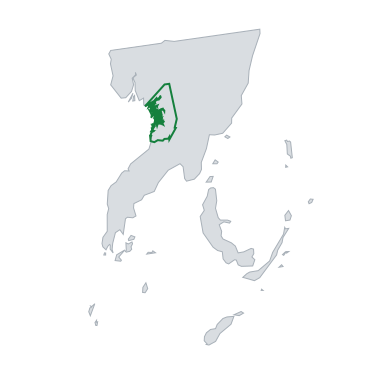 location of Kikori District, Gulf, Papua New Guinea, rotated 82°
{"feature_id": "67681753B67388913989028", "entity_name": "Kikori District", "entity_type": "district", "adm_level": 2, "iso_a3": "PNG", "parent_name": "Papua New Guinea", "parent_adm1": "Gulf", "projection": "robinson", "projection_center": [144.53, -7.347], "detail": "fine", "context": "in_parent", "style": "outline", "palette": "green", "viewbox_px": 384, "rotation_deg": 82, "n_neighbors": 0, "source": "geoboundaries", "source_scale": "gbopen_adm2", "svg_char_len": 9709}
<svg xmlns="http://www.w3.org/2000/svg" viewBox="0 0 384 384"><g transform="rotate(82 192 192)"><path d="M40.5,252.8L40.4,201.6L38.1,197.7L40.4,188.6L40.2,102.2L44.6,102.6L65.5,113.1L79.7,118.6L92.0,121.2L103.4,129.8L111.8,130.3L124.3,142.4L129.3,143.2L138.1,153.4L138.7,161.6L137.7,166.8L151.1,171.7L164.0,178.7L171.0,179.5L174.8,181.9L179.6,187.9L180.5,195.9L177.7,197.4L165.7,197.3L162.3,199.9L167.1,212.5L178.0,224.0L186.2,229.3L188.6,239.7L192.7,243.0L195.4,251.2L199.7,252.1L207.9,250.8L209.3,254.2L208.0,259.5L209.2,261.6L224.4,266.0L219.3,268.7L221.6,273.5L231.6,277.6L237.7,279.1L241.4,278.6L237.1,281.0L233.2,280.3L232.5,281.0L234.1,283.0L237.3,285.2L233.9,287.9L230.6,288.3L224.5,286.5L219.1,281.4L202.5,279.1L196.8,276.8L192.2,277.6L178.8,274.8L174.4,271.2L171.5,265.7L163.5,259.0L161.6,255.8L162.4,251.4L160.2,252.1L155.7,248.9L143.5,228.7L137.3,225.8L121.9,222.3L119.7,218.4L112.5,216.9L110.9,219.5L105.0,221.3L100.0,219.4L95.0,214.4L100.9,225.6L98.8,225.6L99.8,227.3L98.7,227.6L92.3,226.9L94.2,231.5L83.6,234.1L75.8,233.2L72.0,234.3L70.5,234.2L68.4,230.8L65.6,231.4L68.0,231.5L71.0,235.4L77.6,234.9L84.0,237.9L89.4,244.5L89.2,249.1L74.6,257.6L66.0,254.0L53.7,254.9L49.3,253.5L43.7,255.2L40.5,252.8ZM261.7,139.4L264.7,141.7L267.8,139.2L273.7,142.2L272.5,153.4L270.6,156.4L265.6,157.6L265.0,159.2L268.3,165.7L266.9,168.1L262.6,170.5L255.4,170.3L253.5,174.8L249.6,178.8L234.1,186.7L217.4,187.3L211.9,182.4L206.1,183.3L198.3,177.5L191.9,175.2L190.6,173.0L190.7,170.1L192.5,168.4L204.1,168.7L211.4,171.0L221.1,169.6L223.8,167.8L224.8,160.7L226.4,157.7L228.0,159.1L226.0,164.6L228.2,169.6L235.1,168.1L239.5,169.3L242.9,167.8L247.8,160.1L251.6,156.6L258.7,154.8L258.5,149.1L256.1,141.3L257.1,139.0L261.7,139.4ZM345.9,196.5L345.0,199.1L344.6,198.2L341.0,200.6L337.0,199.8L333.4,197.3L330.7,192.8L330.6,187.7L326.7,185.5L321.6,179.0L320.6,174.8L321.0,167.8L328.4,171.8L336.0,184.0L343.2,189.4L345.9,196.5ZM288.5,142.5L283.6,153.6L280.5,149.0L279.3,145.9L279.1,137.4L271.1,124.7L263.0,120.5L246.4,107.2L239.9,105.1L241.5,104.5L241.5,101.3L249.7,108.2L254.7,109.9L261.5,115.2L266.1,117.0L286.2,136.8L288.5,142.5ZM156.3,87.4L172.0,87.9L172.3,89.4L170.2,89.6L167.6,92.3L158.2,91.5L154.1,92.9L153.8,91.0L155.3,90.4L155.1,88.4L156.3,87.4ZM235.0,258.1L237.8,260.0L240.3,259.7L242.1,261.9L242.4,265.5L241.4,266.3L240.7,265.2L233.1,264.5L234.6,262.4L233.1,258.4L235.0,258.1ZM233.5,103.4L228.0,103.3L223.8,99.0L229.3,96.9L233.4,98.9L233.5,103.4ZM246.2,273.6L249.7,271.4L250.6,272.2L249.2,277.7L243.7,275.3L240.0,266.5L246.2,273.6ZM275.5,250.3L281.5,249.3L284.4,251.7L285.2,252.5L284.6,254.9L279.6,253.9L275.5,250.3ZM289.1,303.8L300.4,309.9L296.2,310.9L292.6,309.3L292.2,307.8L290.8,308.3L291.5,307.2L289.1,303.8ZM184.2,176.6L179.2,172.0L179.5,168.9L184.8,171.6L184.2,176.6ZM231.3,261.5L229.8,261.6L226.5,258.4L228.5,254.8L230.8,256.2L231.3,261.5ZM319.4,167.5L317.2,160.0L319.1,157.8L321.0,162.5L319.4,167.5ZM166.9,167.5L163.4,164.6L166.0,161.9L167.5,163.3L166.9,167.5ZM219.9,77.7L217.9,78.2L215.4,75.8L216.1,73.1L219.0,74.9L219.9,77.7ZM144.0,149.1L141.9,151.8L140.5,149.8L142.8,146.8L144.0,149.1ZM247.1,236.6L247.2,245.5L245.6,243.8L246.3,240.1L244.8,239.0L247.1,236.6ZM90.7,238.9L94.1,242.6L85.9,236.7L90.7,238.9ZM93.7,238.0L89.2,236.5L88.3,235.4L93.6,235.9L93.7,238.0ZM311.0,304.7L310.7,305.9L307.7,306.2L305.8,304.4L307.7,304.8L307.4,303.5L311.0,304.7ZM278.5,112.2L278.6,116.3L276.5,113.4L278.5,112.2ZM267.5,110.0L266.6,111.1L264.5,108.2L264.9,107.6L267.5,110.0ZM242.4,286.3L242.1,288.1L240.1,287.1L240.4,286.0L242.4,286.3ZM265.7,106.8L264.1,107.3L264.4,104.4L265.7,106.8ZM180.4,93.8L180.6,95.8L178.4,95.4L180.4,93.8ZM299.4,135.3L299.1,137.2L297.9,136.6L299.4,135.3Z" fill="#d9dde1" stroke="#a8b0b8" stroke-width="1"/><path d="M117.5,196.9L81.7,199.5L81.7,204.2L100.6,226.6L96.8,217.4L96.7,216.8L96.8,216.3L95.9,216.1L94.5,214.5L94.6,213.7L95.7,213.5L95.7,212.2L94.7,212.2L93.7,210.0L92.2,210.6L92.8,210.0L93.6,209.9L94.4,210.4L95.8,212.2L95.9,213.8L94.6,214.2L97.3,215.9L98.6,218.9L103.7,221.6L102.5,219.9L102.5,219.2L102.1,218.9L102.2,218.3L101.9,218.3L101.7,218.2L101.8,217.7L101.3,218.1L99.9,217.8L99.4,217.3L99.5,217.0L99.3,216.9L99.1,216.7L99.1,216.3L98.9,216.4L98.7,216.2L98.6,215.8L98.7,215.7L98.7,215.4L99.9,217.8L101.8,217.6L105.1,222.1L104.5,217.6L102.8,217.2L102.6,216.5L102.1,216.4L101.8,215.6L102.0,215.1L102.3,214.8L102.0,214.8L101.6,214.6L101.5,214.2L102.4,214.8L102.9,217.1L103.7,216.6L104.2,216.6L105.2,218.2L105.4,216.5L106.4,218.4L106.5,213.9L107.3,214.1L105.7,211.1L105.3,208.4L105.9,209.9L106.1,209.6L106.4,209.6L106.4,209.1L106.8,208.6L107.5,208.1L108.0,208.2L106.9,208.6L106.4,209.7L106.0,209.8L106.4,211.8L111.5,211.3L113.1,213.9L112.7,212.7L112.7,212.1L113.4,212.5L113.4,213.3L113.7,211.8L114.6,213.2L114.9,211.7L115.3,211.9L115.3,212.0L114.7,213.2L115.1,213.0L115.3,213.1L115.5,213.6L115.3,214.1L115.6,214.0L116.1,214.1L115.7,213.5L115.8,213.0L116.3,214.0L116.1,214.6L117.3,213.1L117.1,212.5L117.4,211.8L117.2,211.6L117.2,211.8L117.0,212.0L116.9,212.0L116.6,210.9L117.0,212.0L117.2,211.4L117.8,210.7L118.1,211.0L118.5,210.1L119.0,209.8L118.3,211.0L117.3,211.4L118.2,212.5L117.5,215.5L116.7,216.1L117.6,216.9L117.4,216.3L117.8,215.1L119.5,214.9L119.3,214.0L119.4,213.8L119.9,213.7L119.8,212.5L119.9,212.4L120.3,212.3L120.3,212.1L120.0,212.0L120.0,211.8L120.2,211.7L120.8,211.7L120.8,211.4L121.2,211.3L120.8,211.8L120.0,211.9L120.3,212.0L120.4,212.3L119.6,214.9L118.6,216.0L121.4,217.3L119.4,217.5L119.6,220.6L120.3,219.3L120.0,220.6L120.3,220.1L121.2,219.9L122.2,222.6L122.3,220.5L125.8,223.5L125.7,221.8L125.9,221.6L126.4,221.5L127.1,223.7L130.7,225.6L131.3,225.2L130.8,225.1L130.6,224.7L130.7,224.4L131.2,223.8L130.7,224.7L131.4,225.0L131.0,225.7L135.9,225.9L137.4,222.3L135.9,218.7L137.1,213.8L135.6,211.9L135.9,208.1L134.4,206.9L136.9,207.1L126.3,199.1L125.9,200.2L117.5,196.9ZM118.4,215.3L117.3,219.1L118.4,219.6L119.2,217.6L118.3,216.5L118.4,215.3ZM111.6,211.6L110.4,213.0L111.5,213.2L111.5,213.4L111.3,214.3L112.0,214.3L111.9,215.2L112.3,214.7L112.7,214.5L112.8,215.5L113.3,214.6L111.6,211.6ZM108.8,211.9L107.2,212.3L107.8,212.3L108.9,213.7L110.6,212.5L108.8,211.9ZM108.6,214.5L108.1,214.4L108.4,214.7L108.6,215.6L108.5,216.9L109.2,217.4L109.2,218.5L109.8,217.6L108.7,216.8L108.7,216.7L109.0,216.7L108.9,216.5L109.0,216.3L108.9,216.1L110.1,217.1L108.6,214.5ZM106.2,219.4L104.9,219.3L106.7,220.9L107.2,219.6L106.2,219.4ZM115.6,218.5L114.6,216.2L114.5,217.2L113.8,218.6L115.6,218.5ZM110.4,219.6L110.2,217.8L109.5,218.1L109.9,218.9L109.4,220.3L110.1,221.2L110.8,220.8L110.3,220.4L110.4,219.6ZM101.9,223.1L101.0,221.3L99.1,220.3L100.1,222.1L101.9,223.1ZM111.6,216.7L111.1,217.2L113.2,219.6L111.9,217.5L112.1,216.6L111.6,216.7ZM112.5,215.4L111.0,215.6L112.2,215.7L112.4,218.1L112.5,215.4ZM111.6,221.1L110.5,220.3L112.7,222.4L111.6,221.1ZM107.1,221.2L106.0,222.4L107.5,221.9L107.1,221.2ZM116.2,217.2L117.6,217.3L116.4,216.1L116.2,217.2ZM108.2,217.1L107.8,217.2L108.4,217.7L109.3,219.6L108.2,217.1ZM107.8,217.0L107.5,215.2L107.3,214.8L107.8,217.0ZM108.0,213.6L107.2,212.6L107.5,214.0L108.7,214.0L109.0,214.4L108.6,213.5L108.0,213.6ZM120.9,220.1L119.8,221.1L121.6,222.2L120.8,221.4L120.9,220.1ZM114.3,216.9L113.0,216.2L113.8,218.2L114.3,216.9ZM115.7,215.9L114.9,214.4L114.6,214.4L114.5,214.6L114.7,214.9L114.5,216.1L115.7,215.9ZM110.1,214.9L109.3,214.7L110.7,216.4L110.1,214.9ZM113.9,214.3L113.4,214.2L113.6,214.8L113.1,216.0L113.9,214.3ZM106.2,219.0L107.4,219.0L107.1,218.9L106.9,217.9L107.0,217.5L106.2,219.0ZM108.1,220.3L108.3,218.7L108.0,218.8L108.1,220.3ZM107.5,215.0L108.3,214.7L107.5,214.2L107.5,215.0ZM115.3,213.2L115.1,213.0L114.9,213.3L114.6,213.3L114.3,213.1L114.2,213.4L114.3,213.5L114.2,213.7L115.3,213.2ZM110.8,218.5L111.4,219.0L110.3,217.7L110.8,218.5ZM110.8,214.6L110.2,214.8L110.8,215.9L111.3,215.2L110.9,214.9L111.0,214.5L110.8,214.6ZM110.9,213.5L110.4,213.2L110.6,213.7L110.5,214.2L110.3,214.2L110.8,214.6L110.9,213.5ZM114.4,215.5L114.6,214.9L114.4,214.7L114.6,214.2L114.1,213.8L114.4,215.5ZM119.9,221.2L119.0,220.9L120.0,221.9L120.3,221.5L119.9,221.2ZM107.8,218.3L107.1,218.8L107.6,218.8L107.8,218.3ZM117.1,214.3L116.3,214.6L116.6,216.1L116.7,215.1L117.1,214.8L116.9,214.8L116.9,214.7L117.0,214.3L117.1,214.3ZM116.0,214.7L115.0,214.4L115.7,215.1L116.0,214.7ZM98.9,222.4L99.7,223.0L99.0,221.8L98.9,222.4ZM107.1,217.3L107.7,216.7L107.0,216.1L107.4,217.0L107.1,217.3ZM110.5,216.6L110.2,217.6L110.8,217.6L110.5,216.6ZM111.8,215.4L111.1,214.3L110.9,214.9L111.8,215.4ZM114.4,216.1L114.0,215.4L113.5,216.3L114.4,216.1ZM109.7,213.8L109.0,213.6L109.1,214.4L109.6,214.3L109.7,213.8ZM116.3,215.2L116.1,214.9L115.9,215.2L115.5,215.3L116.3,215.2ZM126.2,223.5L126.8,223.5L126.3,222.4L126.2,223.5ZM115.6,216.6L116.2,216.3L115.6,216.0L115.6,216.6ZM107.6,217.5L108.2,217.8L107.7,217.3L107.6,217.5ZM109.4,221.3L110.6,221.6L109.8,221.1L109.4,220.4L109.4,221.3ZM96.9,217.0L97.3,217.0L97.0,216.4L96.9,217.0ZM110.2,214.2L109.7,214.2L110.2,214.7L110.5,214.5L110.2,214.2ZM117.3,215.6L117.3,214.1L116.9,214.7L117.2,214.8L116.9,215.3L117.3,215.6ZM113.2,214.1L113.9,213.8L113.2,213.3L113.2,214.1ZM110.0,213.5L110.6,213.7L110.2,213.0L110.0,213.5ZM115.2,218.7L115.9,218.7L115.7,217.7L115.6,218.4L115.2,218.7ZM114.1,213.8L114.3,213.6L114.1,213.4L114.2,212.8L114.1,213.8ZM114.0,216.4L114.6,216.4L114.4,216.2L114.0,216.4ZM106.9,216.9L107.2,216.8L106.6,216.3L106.9,216.9ZM122.8,222.9L122.9,222.4L122.8,222.9ZM113.1,213.3L113.4,212.7L113.0,212.9L113.1,213.3ZM113.5,213.4L113.8,213.2L113.6,213.1L113.5,213.4ZM108.6,214.4L108.8,214.3L108.6,214.1L108.6,214.4ZM115.1,212.3L114.9,212.0L115.1,212.3L115.1,212.3ZM107.1,213.3L107.3,213.2L107.2,213.0L107.1,213.3ZM104.0,217.0L104.2,216.7L104.0,217.0ZM123.2,222.9L123.5,222.9L123.2,222.7L123.2,222.9Z" fill="none" stroke="#15803d" stroke-width="2"/></g></svg>